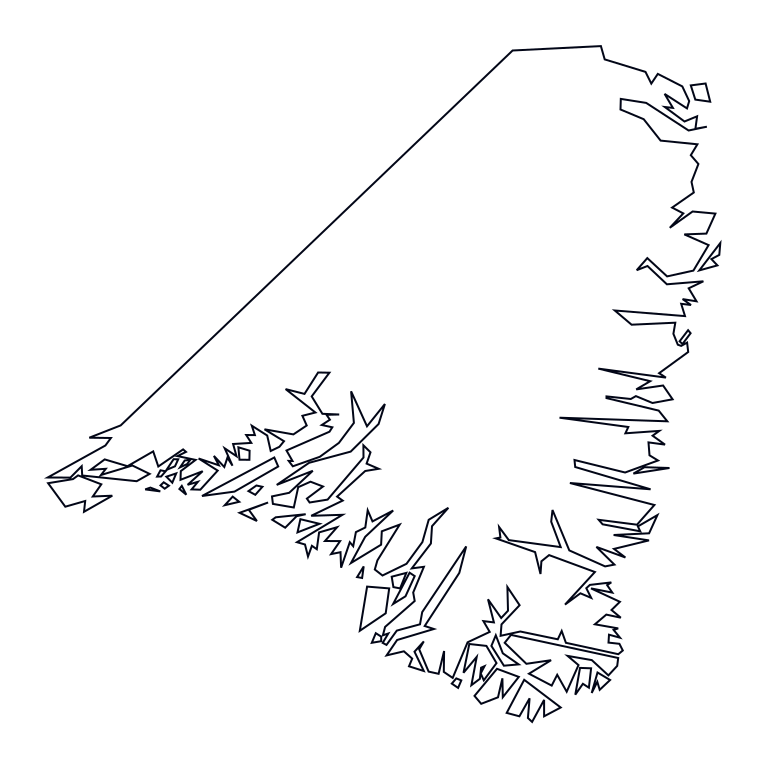 the border of Kommune Kujalleq
{"feature_id": "GRL-2740", "entity_name": "Kommune Kujalleq", "entity_type": "state/province", "adm_level": 1, "iso_a3": "GRL", "parent_name": "Greenland", "parent_adm1": "", "projection": "orthographic", "projection_center": [-44.745, 61.276], "detail": "fine", "context": "isolated", "style": "outline", "palette": "ink", "viewbox_px": 768, "rotation_deg": 0, "n_neighbors": 0, "source": "natural_earth", "source_scale": "10m", "svg_char_len": 6131}
<svg xmlns="http://www.w3.org/2000/svg" viewBox="0 0 768 768"><path d="M600.9,46.1L604.7,59.4L645.5,71.9L651.3,83.6L657.8,73.9L682.3,86.4L689.2,101.1L687.0,108.4L664.6,93.9L672.9,107.9L664.8,107.0L684.5,121.5L697.1,116.3L695.4,128.8L706.9,126.7L688.6,130.5L646.2,102.9L620.8,98.9L620.5,109.5L643.7,119.2L660.6,140.6L697.4,144.3L690.8,155.2L698.4,164.0L691.5,181.9L693.8,192.5L672.1,207.6L683.3,213.4L669.8,227.8L692.6,211.5L715.4,213.6L706.4,233.6L684.3,234.4L708.6,245.1L693.4,270.6L667.1,276.4L647.3,258.1L636.7,270.2L647.5,266.0L666.9,284.3L703.4,281.3L688.7,288.3L696.5,301.3L682.6,299.1L691.0,305.0L681.2,303.8L685.0,316.1L614.8,310.5L631.6,324.7L675.3,322.7L673.4,333.8L677.8,344.7L681.2,345.9L687.1,342.6L688.2,352.0L659.1,373.2L665.9,377.6L598.3,368.6L650.2,381.2L636.2,389.4L663.1,385.5L672.6,399.3L652.5,403.0L635.9,396.1L630.8,399.0L606.5,396.4L606.5,398.1L658.7,410.6L667.3,421.3L559.5,417.7L628.3,427.0L625.4,433.3L659.3,430.9L652.6,435.7L665.0,444.6L648.5,442.4L649.5,455.3L658.0,460.5L625.1,472.5L574.5,460.0L575.2,467.0L650.6,489.3L569.9,483.0L654.4,505.0L637.0,524.7L598.7,519.8L602.6,524.3L640.2,531.3L637.9,526.4L657.4,515.1L649.1,533.3L613.6,535.0L649.0,540.4L614.0,548.9L625.4,557.5L596.4,546.9L614.4,564.6L605.1,566.4L569.3,550.4L552.5,510.0L551.2,521.7L560.7,547.1L508.8,540.1L499.1,527.0L500.4,537.5L495.9,538.4L535.1,552.1L540.5,574.0L541.4,561.3L549.1,555.1L594.9,572.0L565.0,604.6L580.4,593.3L591.2,597.9L586.3,588.2L589.9,584.9L611.3,582.4L607.1,585.1L612.3,592.6L591.0,588.4L619.9,601.8L611.5,610.0L620.8,617.7L606.3,614.6L594.9,624.3L618.2,628.4L613.6,629.9L620.0,637.7L609.0,634.7L608.5,642.6L619.4,643.8L622.8,650.5L618.3,654.2L565.9,642.8L561.7,631.0L557.8,639.3L520.3,631.5L500.6,635.8L501.5,624.4L519.6,605.2L507.4,587.0L508.0,610.7L501.2,618.0L488.0,599.3L493.9,622.4L483.4,621.1L489.7,631.9L467.6,642.3L452.7,677.9L443.8,671.9L444.1,651.0L438.6,673.8L428.6,671.6L419.2,649.3L423.8,641.4L414.5,651.7L423.8,671.0L409.0,666.3L412.2,658.6L403.9,651.3L386.6,655.4L397.1,640.0L433.9,629.0L424.7,626.0L459.3,572.9L466.2,546.4L422.2,612.1L420.0,624.3L396.8,630.6L386.5,644.9L382.7,642.9L388.3,633.5L382.9,635.3L385.1,626.9L414.7,601.0L413.2,592.5L423.9,566.8L411.8,568.4L430.9,543.5L432.0,526.2L448.4,507.8L428.7,519.8L422.4,542.1L406.5,563.8L382.5,575.5L374.8,569.5L377.4,560.4L399.7,524.6L381.8,531.3L381.1,544.7L351.0,563.0L365.2,536.8L393.2,510.5L372.5,521.4L367.7,510.3L365.3,527.5L355.9,532.1L353.2,546.2L349.8,542.2L341.1,567.7L340.5,552.2L331.1,554.1L340.1,541.1L325.0,541.0L337.1,527.2L319.1,532.4L316.8,549.2L311.9,545.8L308.0,556.5L305.0,544.5L297.0,542.2L342.5,514.8L311.2,515.8L342.7,500.6L337.1,496.6L365.2,471.0L378.7,468.8L366.6,463.6L370.5,452.3L363.4,445.3L363.5,457.5L327.6,499.6L309.6,502.5L306.9,498.6L323.0,486.5L310.5,481.7L298.2,487.2L293.8,507.5L272.9,503.9L272.0,496.4L289.2,492.8L312.8,470.8L276.7,484.9L309.1,462.8L350.7,451.6L378.6,424.0L384.9,404.0L367.0,426.3L351.1,391.3L353.9,422.9L338.9,442.9L319.8,456.8L292.8,466.3L288.7,460.9L292.5,461.0L286.5,450.5L329.5,431.7L332.3,427.3L321.8,425.0L329.9,419.7L326.5,414.8L339.2,414.5L322.4,413.8L311.7,396.4L329.4,372.7L318.1,372.5L304.5,393.9L285.6,389.1L315.4,412.5L302.4,415.8L306.7,425.5L293.4,434.4L264.5,429.3L284.0,441.2L279.4,446.8L270.7,451.0L267.2,435.5L251.8,425.7L254.9,435.1L246.2,435.0L251.3,442.9L233.1,444.0L236.5,456.2L224.7,448.3L232.5,465.7L227.4,457.7L224.3,467.0L213.9,455.9L218.9,465.3L198.6,458.5L217.7,470.6L200.3,489.7L191.6,489.4L197.9,481.8L187.6,484.8L202.7,471.2L180.5,479.8L180.8,471.1L195.6,459.9L177.5,456.1L186.0,451.9L183.1,449.4L158.3,466.5L153.2,451.4L127.5,466.2L104.7,459.4L90.6,469.8L105.8,468.8L101.0,475.0L132.4,465.5L149.6,473.9L136.7,481.2L82.2,475.5L81.7,466.2L70.4,477.6L47.7,477.5L105.4,445.5L110.9,438.0L89.3,437.7L120.7,425.4L512.6,50.5L600.9,46.1ZM511.0,634.9L618.2,658.0L617.2,665.9L608.4,675.4L591.8,660.1L567.6,655.9L578.5,665.1L566.7,691.7L557.2,674.8L551.7,685.6L529.0,673.7L551.1,660.2L526.4,663.8L504.7,642.8L511.0,634.9ZM524.2,679.8L560.7,707.5L544.1,716.3L544.1,699.9L532.1,721.9L527.9,718.0L529.6,698.3L519.4,716.3L506.7,712.9L524.2,679.8ZM92.8,496.5L112.3,495.7L84.0,511.8L85.2,501.0L65.3,506.7L48.1,483.2L73.0,479.1L78.1,475.4L101.3,484.3L92.8,496.5ZM234.5,491.6L202.0,496.0L274.3,457.5L278.2,466.5L234.5,491.6ZM389.2,588.4L385.7,613.3L359.8,630.8L367.1,586.6L389.2,588.4ZM479.9,678.8L471.4,685.2L476.7,656.9L463.5,672.8L469.3,644.0L486.4,645.9L496.5,663.1L483.8,680.3L480.7,673.4L484.5,666.2L481.1,667.7L479.9,678.8ZM518.8,676.9L502.8,697.2L502.4,678.3L498.0,697.3L481.2,703.8L474.5,695.9L497.0,668.8L518.8,676.9ZM239.6,512.8L268.1,502.5L248.8,509.8L256.9,521.0L239.6,512.8ZM591.1,668.3L588.9,687.7L582.9,683.8L575.3,694.7L580.0,667.9L591.1,668.3ZM690.8,85.4L705.6,83.5L710.2,101.7L695.3,99.6L690.8,85.4ZM503.9,665.7L491.4,645.9L495.8,635.3L502.8,653.3L518.7,664.4L503.9,665.7ZM644.5,467.2L669.5,468.0L633.4,473.6L644.5,467.2ZM720.3,243.0L719.3,254.9L711.4,259.1L717.4,265.4L699.3,270.4L720.3,243.0ZM297.5,532.4L300.4,519.2L319.5,523.8L297.5,532.4ZM305.7,514.2L296.6,516.2L285.2,527.7L272.3,519.8L275.7,517.3L305.7,514.2ZM393.1,604.0L409.6,572.7L414.7,576.1L405.5,596.3L393.1,604.0ZM400.1,588.4L393.4,587.1L391.7,576.7L406.3,572.9L400.1,588.4ZM610.1,680.0L599.7,689.8L597.3,681.8L591.7,693.0L597.5,672.5L610.1,680.0ZM238.4,447.3L249.6,450.7L249.4,459.8L239.5,459.7L238.4,447.3ZM262.4,486.8L255.3,494.8L248.5,491.1L256.4,485.5L262.4,486.8ZM224.8,505.2L232.7,496.6L239.2,501.8L224.8,505.2ZM172.3,482.7L166.4,476.7L176.2,473.4L172.3,482.7ZM145.2,489.4L150.4,487.6L160.3,491.4L145.2,489.4ZM371.8,642.8L375.8,633.2L381.2,636.6L381.2,641.2L371.8,642.8ZM451.8,683.6L456.3,678.4L461.3,680.4L458.1,687.9L451.8,683.6ZM679.6,341.3L688.1,330.2L690.6,333.2L682.5,344.0L679.6,341.3ZM363.7,566.4L362.1,578.0L357.1,577.1L363.7,566.4ZM166.5,469.9L173.6,459.2L178.2,459.3L175.0,466.3L166.5,469.9ZM181.8,485.9L186.3,494.7L179.4,489.0L181.8,485.9ZM165.6,471.3L161.1,476.5L157.1,476.6L160.5,470.3L165.6,471.3ZM160.5,485.4L163.7,482.3L168.9,485.7L164.7,488.7L160.5,485.4ZM180.1,467.3L184.7,460.5L190.3,459.8L187.1,464.1L180.1,467.3Z" fill="none" stroke="#020617" stroke-width="2"/></svg>